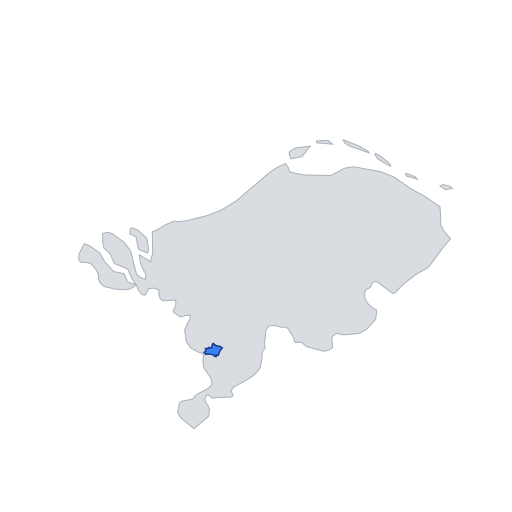 location of Heeze-Leende, Noord-Brabant, Netherlands, rotated 38°
{"feature_id": "6326949B20290330691137", "entity_name": "Heeze-Leende", "entity_type": "district", "adm_level": 2, "iso_a3": "NLD", "parent_name": "Netherlands", "parent_adm1": "Noord-Brabant", "projection": "albers", "projection_center": [5.542, 51.359], "detail": "fine", "context": "in_parent", "style": "filled", "palette": "blue", "viewbox_px": 512, "rotation_deg": 38, "n_neighbors": 0, "source": "geoboundaries", "source_scale": "gbopen_adm2", "svg_char_len": 4945}
<svg xmlns="http://www.w3.org/2000/svg" viewBox="0 0 512 512"><g transform="rotate(38 256 256)"><path d="M313.4,430.3L305.6,430.1L298.3,429.9L294.4,429.3L290.4,427.5L290.3,427.4L288.5,423.7L286.2,419.1L286.8,416.3L293.6,408.4L294.6,406.2L293.9,405.0L294.6,401.5L299.8,389.7L300.4,384.9L298.1,381.6L294.7,379.7L283.8,376.2L278.6,371.2L276.2,366.9L273.8,365.7L270.2,367.1L261.2,368.7L253.9,366.4L245.3,358.2L243.4,350.8L242.4,345.2L240.2,343.3L237.3,346.1L233.6,350.7L226.3,351.1L224.3,350.1L224.0,347.5L223.6,345.1L221.6,342.1L219.5,340.4L210.2,348.7L206.8,348.7L202.5,345.4L200.4,342.2L195.7,343.9L191.4,347.8L192.8,355.1L190.4,356.4L185.2,355.6L179.4,352.5L172.8,350.6L162.9,345.3L148.9,349.1L139.3,344.0L131.3,343.3L126.4,339.2L121.2,332.5L125.1,328.3L128.9,326.9L143.6,326.4L154.2,329.3L173.1,344.0L178.0,344.0L183.2,342.3L180.6,338.3L175.8,336.4L168.8,332.4L163.2,326.9L176.6,325.4L174.8,322.5L173.1,317.7L159.4,300.8L161.9,296.3L165.6,286.7L170.1,278.8L173.7,276.7L179.5,271.1L192.3,254.6L200.4,241.2L206.4,225.1L215.5,180.8L218.1,173.3L222.3,164.9L227.4,166.6L231.0,169.0L243.7,162.8L265.4,146.5L271.8,132.2L278.0,125.6L302.7,112.7L316.3,108.8L337.3,107.6L352.5,105.1L370.7,104.0L377.8,111.8L381.9,117.5L388.5,120.6L398.6,122.6L398.2,134.2L398.8,156.9L398.2,160.9L393.8,170.6L389.3,187.9L388.3,199.2L386.8,201.4L367.4,201.7L364.7,203.7L364.3,206.1L365.3,209.0L364.9,211.9L363.4,214.3L364.3,218.1L367.8,222.3L374.0,224.8L380.6,224.9L384.0,224.4L386.5,227.4L389.1,232.0L389.0,237.9L388.2,245.9L385.2,253.2L376.3,261.8L372.3,264.9L368.5,266.5L366.7,268.7L365.9,271.6L366.1,274.1L372.7,280.7L372.6,282.3L370.8,285.9L368.3,289.2L351.7,296.3L344.8,295.9L340.8,299.4L339.6,300.0L335.2,296.9L325.4,293.4L321.7,294.7L319.7,296.7L313.6,299.1L309.2,303.0L309.2,307.8L317.1,320.4L319.9,322.8L320.0,327.5L323.9,333.4L327.8,340.8L328.3,345.5L327.9,350.3L325.9,357.0L319.2,372.9L319.2,376.0L319.8,378.3L322.1,378.9L323.9,380.1L323.4,382.2L310.6,393.2L309.0,395.2L303.6,394.7L302.8,396.5L303.5,399.5L305.6,402.0L310.2,403.4L314.2,406.1L317.4,411.6L313.4,430.3ZM179.4,352.5L178.2,357.1L175.1,362.1L165.0,369.1L154.4,373.7L149.0,372.9L145.4,370.4L143.4,367.7L137.9,365.0L130.3,363.6L125.4,366.2L121.9,368.7L118.9,368.2L116.8,365.9L115.1,362.5L113.2,352.0L118.9,350.3L131.3,349.9L140.8,353.8L153.4,355.9L163.1,351.1L170.6,355.5L179.4,352.5ZM159.4,309.4L166.5,316.2L168.1,318.3L168.6,320.6L159.2,323.0L149.5,314.7L142.9,316.4L140.5,312.5L140.6,310.1L147.4,308.3L159.4,309.4ZM231.0,149.4L223.7,157.9L219.4,155.4L218.1,153.4L220.4,146.8L231.2,135.8L231.0,149.4ZM263.1,111.5L256.4,112.4L253.3,110.7L269.6,105.9L279.9,104.5L281.7,105.1L263.1,111.5ZM306.7,102.6L292.5,104.6L287.6,103.1L286.8,101.7L290.7,100.9L302.8,100.6L306.6,101.8L306.7,102.6ZM247.4,120.8L233.9,129.6L232.8,128.2L241.5,120.5L247.4,120.8ZM364.5,87.0L357.9,87.5L359.7,84.3L365.9,81.8L369.2,81.7L364.5,87.0ZM335.8,96.1L325.7,100.3L323.2,99.4L323.8,98.2L332.7,95.6L335.8,96.1Z" fill="#d9dde1" stroke="#a8b0b8" stroke-width="1"/><path d="M275.9,351.8L276.0,352.1L276.4,353.6L276.5,353.7L276.5,353.8L276.6,354.0L277.6,355.8L277.4,355.9L277.3,356.0L277.1,356.1L276.9,356.2L276.7,356.3L276.0,356.7L275.7,356.9L275.5,357.0L275.3,357.1L275.2,357.1L275.1,357.3L275.2,357.5L275.3,357.5L275.3,358.0L275.3,358.3L275.2,358.3L274.8,358.6L274.7,358.6L274.6,358.8L274.4,358.8L274.2,358.9L274.2,359.0L273.9,359.2L273.9,359.3L273.8,359.5L273.7,359.5L273.6,359.8L273.7,360.0L273.8,360.1L273.7,360.2L273.8,360.2L273.8,360.3L273.8,360.5L274.0,360.7L274.0,360.8L274.1,361.0L274.3,361.3L274.5,361.5L274.8,361.7L274.8,361.8L274.9,362.0L274.9,362.4L274.9,362.6L274.8,362.8L274.8,363.0L274.7,363.1L274.5,363.5L274.4,363.9L274.6,363.9L274.9,364.0L275.2,364.1L275.5,364.2L276.8,364.5L277.3,364.0L277.5,363.8L278.1,363.2L278.5,362.9L279.1,362.5L279.3,362.3L280.6,361.4L280.8,361.3L281.4,361.0L281.6,360.9L281.8,360.8L283.5,360.0L283.9,360.1L284.0,360.2L284.6,360.4L284.7,360.1L284.8,360.2L284.9,360.3L285.0,360.3L285.3,360.4L285.5,360.5L285.8,360.2L285.6,360.1L285.7,359.9L285.8,359.9L285.9,360.0L286.0,360.0L286.3,359.8L286.5,359.8L286.5,359.7L286.4,359.6L286.5,359.5L286.4,359.4L285.9,359.3L285.9,358.9L286.1,359.0L286.2,358.9L286.2,358.7L286.1,358.2L286.3,358.1L286.8,357.8L286.7,357.6L287.3,357.4L287.2,357.1L287.1,356.9L287.0,356.5L287.0,356.4L287.0,356.2L286.9,356.2L286.1,353.1L286.1,352.4L286.1,352.0L286.0,351.2L286.0,350.7L286.0,350.3L286.0,350.2L286.0,349.7L286.1,349.3L286.1,349.2L285.2,349.2L283.5,349.4L283.5,349.5L283.3,349.5L283.2,349.5L282.9,349.6L282.7,349.7L282.6,349.8L282.4,349.9L281.7,350.2L281.3,350.5L281.0,350.6L280.9,350.7L280.7,350.8L280.6,351.1L280.4,351.2L280.2,351.1L279.9,351.1L279.7,351.2L279.4,351.2L279.0,351.2L278.9,351.2L278.9,351.3L279.0,351.4L278.8,351.3L278.7,351.3L278.3,351.4L278.3,351.2L278.2,351.2L278.1,351.3L278.1,351.2L277.9,351.2L277.5,351.2L277.4,351.2L276.6,351.2L276.1,351.2L276.0,351.3L275.9,351.7L275.9,351.8Z" fill="#3b82f6" stroke="#1e3a8a" stroke-width="1.5"/></g></svg>